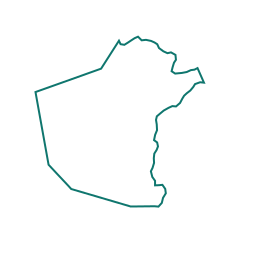 São José do Bonfim, Paraíba, Brazil, rotated 158°
{"feature_id": "56859067B5531543323181", "entity_name": "São José do Bonfim", "entity_type": "district", "adm_level": 2, "iso_a3": "BRA", "parent_name": "Brazil", "parent_adm1": "Paraíba", "projection": "orthographic", "projection_center": [-37.335, -7.141], "detail": "fine", "context": "isolated", "style": "outline", "palette": "teal", "viewbox_px": 256, "rotation_deg": 158, "n_neighbors": 0, "source": "geoboundaries", "source_scale": "gbopen_adm2", "svg_char_len": 1016}
<svg xmlns="http://www.w3.org/2000/svg" viewBox="0 0 256 256"><g transform="rotate(158 128 128)"><path d="M203.5,92.7L154.9,54.2L132.7,45.5L129.2,43.7L124.7,45.9L121.7,50.1L117.4,53.3L116.3,57.6L117.4,62.4L120.8,63.4L124.4,64.7L122.7,68.9L123.8,73.5L123.0,79.3L120.2,81.8L116.9,85.9L115.4,90.3L113.2,94.4L109.6,97.0L107.1,99.7L106.4,103.7L108.4,107.0L105.4,111.5L101.9,115.1L100.0,120.6L99.0,125.0L96.9,128.0L92.4,129.5L88.3,130.8L82.9,131.5L78.7,131.7L75.4,130.0L70.4,131.7L66.6,134.9L63.9,136.9L60.5,138.2L56.2,139.4L52.1,141.6L49.4,143.6L44.0,143.4L40.6,141.6L41.1,157.5L44.5,157.2L48.0,158.1L52.6,157.9L57.5,158.9L63.9,160.8L66.3,164.3L63.9,167.6L60.9,171.3L58.0,173.3L56.6,178.0L59.8,182.0L63.4,182.6L66.5,185.9L69.3,190.5L69.5,194.7L71.4,197.4L74.0,200.1L78.3,203.0L82.5,204.2L84.5,208.9L88.2,208.8L91.8,208.1L96.2,207.2L100.2,206.5L103.5,208.5L103.7,212.3L130.7,193.1L171.9,194.8L200.3,196.0L201.7,189.3L215.4,123.7L210.9,112.0L204.8,96.3L203.5,92.7Z" fill="none" stroke="#0f766e" stroke-width="2"/></g></svg>